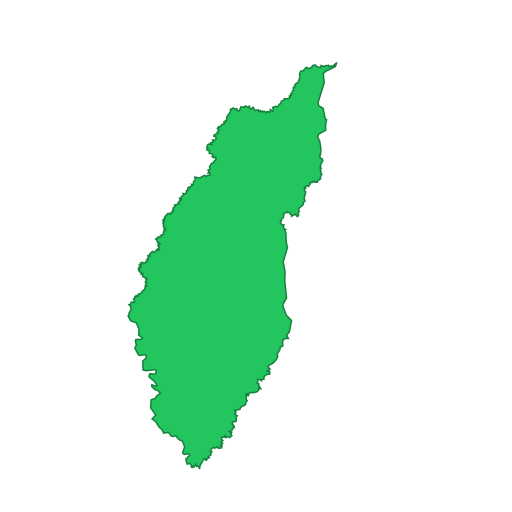 outline of Moei Wadi, Roi Et, Thailand, rotated 321°
{"feature_id": "78962969B61419736796761", "entity_name": "Moei Wadi", "entity_type": "district", "adm_level": 2, "iso_a3": "THA", "parent_name": "Thailand", "parent_adm1": "Roi Et", "projection": "mercator", "projection_center": [104.111, 16.372], "detail": "fine", "context": "isolated", "style": "filled", "palette": "green", "viewbox_px": 512, "rotation_deg": 321, "n_neighbors": 0, "source": "geoboundaries", "source_scale": "gbopen_adm2", "svg_char_len": 6110}
<svg xmlns="http://www.w3.org/2000/svg" viewBox="0 0 512 512"><g transform="rotate(321 256 256)"><path d="M118.8,222.2L117.8,227.4L121.0,232.7L119.0,239.2L115.0,243.7L116.2,248.3L114.3,248.5L110.2,245.3L108.8,246.1L106.9,250.0L103.9,251.3L102.4,258.9L103.1,260.2L107.6,262.7L107.9,264.5L106.6,266.1L101.9,266.4L96.5,273.5L98.4,276.0L106.1,280.8L106.5,282.1L103.5,284.5L99.4,280.7L97.4,281.8L96.8,282.9L98.2,289.6L97.5,294.5L96.1,294.3L94.1,290.5L92.9,291.6L93.3,296.1L95.0,298.6L95.4,302.5L90.5,302.3L88.2,303.3L84.0,301.8L78.6,307.7L78.0,316.5L72.7,317.2L73.8,322.0L73.0,328.1L73.7,331.8L72.7,335.5L77.0,338.0L76.9,342.8L78.3,344.3L80.5,345.0L80.6,350.3L82.3,353.7L80.4,359.5L75.6,362.4L74.8,363.9L75.9,365.5L79.4,367.3L79.3,369.0L73.5,369.8L71.5,374.4L74.2,375.6L74.1,377.6L72.9,379.3L73.7,380.4L74.4,379.5L75.1,380.9L75.7,379.9L77.1,380.9L78.3,380.1L77.6,382.4L78.9,383.4L78.2,386.1L80.3,383.8L87.8,380.9L89.1,381.5L88.3,382.8L88.8,383.5L91.0,382.7L92.6,383.4L92.8,381.9L95.9,382.2L96.2,381.2L98.5,380.2L97.8,378.9L100.0,377.9L102.5,377.8L102.9,379.3L106.0,380.2L105.7,381.8L108.6,383.5L110.1,382.1L109.0,380.9L112.2,380.6L111.7,378.4L114.1,378.7L114.1,376.2L115.1,375.1L117.4,376.8L119.1,376.0L118.3,378.1L120.3,378.6L121.1,380.4L124.2,380.5L124.3,378.8L125.9,377.9L124.6,375.6L127.4,376.6L128.7,375.5L131.3,375.6L132.0,374.3L131.2,373.2L132.2,372.4L131.8,371.5L133.4,370.1L136.0,372.0L137.3,371.4L139.0,368.8L140.9,368.4L139.9,365.9L142.1,364.9L142.4,362.7L147.0,365.1L148.8,363.8L154.1,365.0L156.3,363.1L158.0,363.1L158.2,361.2L161.7,356.8L162.5,357.6L161.6,358.8L161.9,359.7L165.3,358.2L167.6,360.4L171.5,362.2L173.7,361.9L174.8,360.2L176.1,362.1L176.9,357.8L177.7,357.1L176.8,355.6L178.8,354.4L179.5,353.0L180.6,353.5L181.8,356.3L182.5,355.2L184.6,356.8L186.1,354.9L189.6,354.7L192.2,356.4L193.8,354.7L192.5,352.5L195.4,353.0L195.9,351.8L195.1,351.1L196.4,349.0L202.0,350.0L206.7,349.3L209.7,347.7L210.8,345.4L215.2,344.1L217.5,342.1L220.3,342.8L222.3,339.6L224.4,338.3L227.0,338.5L229.2,340.5L230.1,336.7L234.0,336.1L243.0,328.5L242.3,321.3L244.9,312.9L246.6,310.4L253.2,308.0L262.7,293.4L268.5,286.8L273.4,277.7L285.8,269.2L288.2,264.3L294.0,256.5L294.8,253.4L295.6,253.8L294.8,251.4L297.3,249.4L295.8,248.0L296.1,244.9L298.0,244.8L298.8,243.3L301.5,243.4L304.2,240.7L308.2,241.4L308.0,242.4L309.2,242.9L309.6,244.3L308.9,245.2L309.6,246.4L308.6,247.5L312.8,248.2L312.9,251.3L313.9,251.5L315.0,251.0L315.1,249.2L317.5,248.8L318.7,246.0L325.1,245.8L326.7,244.1L328.6,244.2L329.8,241.4L335.0,237.5L334.9,235.4L336.3,233.7L337.1,234.7L337.6,233.3L340.0,233.5L340.4,234.9L342.7,234.5L344.0,232.9L345.6,234.2L346.9,233.7L347.5,235.0L348.6,234.8L348.6,236.1L350.1,237.3L351.0,236.4L355.0,236.6L355.4,235.3L358.7,233.8L358.6,231.6L359.7,231.2L360.5,229.0L361.7,229.0L361.5,227.5L362.5,227.5L363.7,225.6L367.8,224.1L368.6,222.3L367.7,220.5L368.5,217.9L369.9,218.0L369.7,217.3L371.8,216.1L374.7,212.3L377.8,206.8L378.8,202.2L381.3,200.8L389.4,202.1L392.7,197.6L396.6,194.6L396.2,193.4L397.2,190.7L401.1,183.6L399.3,178.5L400.8,175.8L418.0,164.3L423.2,156.5L426.3,156.3L436.9,158.7L440.5,156.5L434.1,156.8L434.0,155.5L431.8,154.7L432.3,153.4L428.8,151.4L428.1,151.8L426.5,148.9L425.3,150.2L422.8,148.2L422.2,144.7L419.7,143.6L418.2,144.4L414.7,143.7L414.6,142.0L413.5,141.0L409.1,141.8L407.1,140.5L404.1,142.0L403.6,143.8L398.5,147.4L394.7,147.2L393.1,147.9L392.6,149.0L390.9,148.6L389.5,150.7L387.7,150.9L386.9,152.3L385.0,151.7L384.5,153.2L382.6,152.7L382.3,154.2L379.4,153.7L376.9,151.5L376.2,152.4L372.8,151.7L371.2,153.2L369.6,152.7L367.0,153.7L365.3,152.0L362.5,151.0L361.6,153.2L360.0,154.0L359.4,151.2L357.1,153.0L355.7,150.8L354.5,151.2L353.4,148.6L351.4,148.1L351.9,147.2L350.3,146.6L350.8,145.7L349.1,145.4L349.7,143.7L346.9,142.5L347.3,138.5L344.9,138.7L344.0,137.2L345.2,135.5L343.1,134.7L342.1,132.6L340.4,133.0L338.4,130.6L334.1,132.7L332.8,130.7L333.9,129.5L331.9,128.5L331.6,126.7L328.3,125.9L327.4,127.6L321.0,129.5L318.5,132.1L317.4,131.5L316.5,132.5L315.4,131.6L314.0,133.4L312.1,132.3L308.3,133.2L308.1,131.9L306.1,132.8L306.3,135.1L303.7,135.3L303.6,136.9L299.8,135.5L298.6,136.4L299.7,137.5L299.1,139.8L297.0,140.0L295.0,138.6L294.6,140.5L291.8,139.5L291.7,141.5L289.6,139.2L287.9,139.3L286.2,140.8L286.5,142.1L285.2,141.9L284.6,142.7L286.1,145.1L284.3,146.6L286.3,149.5L286.1,150.5L284.4,151.1L285.1,153.2L286.8,153.6L285.9,155.7L282.9,156.0L281.7,157.0L279.9,156.0L276.1,157.3L274.9,159.7L272.8,159.1L272.7,161.1L271.0,161.3L272.3,162.8L271.1,164.3L269.2,162.8L267.2,162.8L266.8,160.9L261.3,159.9L258.1,156.2L256.6,158.6L253.9,159.1L252.7,160.5L251.3,160.9L250.9,160.0L250.6,161.1L248.1,160.6L247.3,161.4L246.8,160.2L245.7,160.2L244.1,162.2L243.1,161.4L241.5,163.1L239.5,162.7L238.5,161.4L238.0,163.1L234.5,163.0L233.7,164.9L232.8,163.4L232.4,165.4L231.6,164.8L230.0,166.0L229.1,165.4L228.6,167.0L224.9,165.1L224.9,166.3L221.6,166.6L221.0,168.2L220.0,167.9L219.3,169.4L217.7,168.7L216.0,169.8L215.9,168.7L214.1,167.5L209.9,168.1L208.2,170.1L207.1,168.7L207.4,170.1L205.8,169.9L206.0,171.8L204.3,171.8L203.8,174.2L202.7,174.5L202.3,176.7L202.9,177.2L201.5,177.5L202.1,178.9L199.8,178.6L197.6,180.9L195.2,180.0L195.5,180.8L193.8,181.4L192.7,180.3L191.7,181.0L192.2,180.0L191.5,179.4L190.1,180.1L188.1,179.5L189.2,180.3L187.9,183.8L189.2,184.9L189.2,186.1L187.3,185.6L187.2,186.5L186.2,186.4L186.2,188.7L184.3,188.7L184.6,190.2L183.5,190.1L182.6,188.6L179.2,189.4L178.4,187.2L174.3,187.7L173.5,189.3L172.2,187.7L170.7,190.2L169.0,189.9L169.3,190.9L168.3,191.7L167.0,191.0L165.8,191.6L163.8,190.5L163.7,189.3L161.6,188.8L161.5,190.4L160.1,189.7L160.6,191.4L159.6,192.3L158.5,190.8L157.2,192.8L157.0,191.8L156.2,192.3L155.5,195.0L156.5,196.6L155.1,197.9L156.8,198.9L154.9,200.6L156.1,202.6L155.9,204.4L156.9,204.2L157.0,205.1L153.5,206.7L154.2,208.0L151.7,208.9L152.1,210.5L150.9,209.9L148.6,211.8L145.0,211.8L144.2,212.9L140.5,211.6L139.0,213.1L138.0,211.3L137.2,212.2L136.3,211.3L135.0,212.5L133.7,212.3L133.8,213.4L132.3,215.4L130.0,213.3L128.1,214.8L126.7,213.8L126.7,217.3L124.5,219.3L121.4,220.4L120.8,221.6L118.8,222.2Z" fill="#22c55e" stroke="#15803d" stroke-width="1.5"/></g></svg>